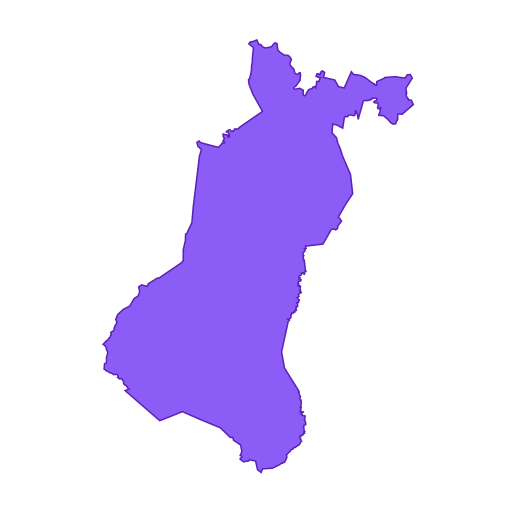 the district of Ajuchitlán del Progreso, Guerrero, Mexico, rotated 4°
{"feature_id": "50627088B24566890251598", "entity_name": "Ajuchitlán del Progreso", "entity_type": "district", "adm_level": 2, "iso_a3": "MEX", "parent_name": "Mexico", "parent_adm1": "Guerrero", "projection": "robinson", "projection_center": [-100.562, 17.931], "detail": "fine", "context": "isolated", "style": "filled", "palette": "violet", "viewbox_px": 512, "rotation_deg": 4, "n_neighbors": 0, "source": "geoboundaries", "source_scale": "gbopen_adm2", "svg_char_len": 6030}
<svg xmlns="http://www.w3.org/2000/svg" viewBox="0 0 512 512"><g transform="rotate(4 256 256)"><path d="M260.2,42.0L258.9,43.1L256.8,46.2L251.6,47.7L250.5,47.7L248.1,46.9L245.9,44.6L244.1,44.9L241.8,40.4L237.6,42.4L235.3,42.8L234.0,44.9L238.9,48.2L238.6,59.3L238.8,62.6L238.3,66.8L238.5,69.2L238.2,74.0L237.3,79.1L236.2,80.7L237.0,85.0L241.4,94.5L252.4,111.3L230.4,128.9L229.4,130.5L225.9,130.7L225.1,132.5L224.4,132.5L223.7,133.4L222.8,133.3L221.4,132.0L220.1,132.0L219.0,133.2L217.7,133.8L217.9,134.5L219.1,134.2L220.4,135.7L221.1,137.2L221.0,138.7L220.5,139.5L219.9,139.5L219.6,138.7L219.7,137.6L219.3,137.2L217.4,137.3L215.2,136.6L214.6,136.7L215.2,139.8L216.4,141.2L216.2,141.8L215.2,142.8L215.1,143.8L216.5,144.4L216.6,145.3L216.0,145.8L214.3,145.5L214.0,146.7L211.8,149.1L211.2,150.3L194.8,147.2L192.6,146.6L191.1,145.2L189.1,146.9L190.4,150.6L194.1,153.6L192.6,160.4L190.0,210.7L189.7,227.2L185.2,238.8L184.2,239.1L184.5,245.5L183.0,254.7L183.7,265.4L182.4,267.7L160.3,285.1L159.2,284.8L150.5,291.2L149.5,293.9L143.8,292.8L141.1,295.1L142.5,300.0L141.2,304.0L137.3,307.0L133.6,314.7L127.4,318.4L122.0,324.2L120.5,329.0L122.0,331.9L121.3,333.0L121.0,334.4L120.3,335.0L120.4,336.0L119.4,337.8L120.0,339.0L118.3,341.2L117.1,341.7L116.5,342.5L116.6,343.5L117.1,344.6L116.4,345.6L116.3,346.9L114.8,348.4L114.3,349.9L112.9,350.7L109.6,354.8L111.4,355.9L112.7,357.4L113.3,359.5L114.9,362.6L113.8,368.0L114.2,370.1L114.1,372.8L113.8,373.4L112.4,374.0L112.3,379.4L113.7,380.1L114.6,381.0L116.3,381.5L118.3,382.7L119.8,382.8L122.2,384.2L124.1,384.1L125.1,383.7L126.0,383.9L126.9,385.9L126.3,386.8L128.6,388.2L130.0,387.7L131.3,388.6L132.6,390.5L132.7,392.0L133.4,393.3L134.3,393.9L135.3,394.0L136.8,396.1L138.6,397.5L134.8,399.4L171.5,427.0L193.5,416.4L210.1,422.4L232.5,429.9L243.0,438.8L245.5,438.6L246.4,441.3L253.9,445.7L255.5,452.2L254.1,456.1L255.7,456.6L255.9,457.8L254.4,458.8L254.4,459.9L257.9,462.2L263.0,461.0L263.8,459.7L269.9,460.6L272.4,469.1L276.3,471.6L277.4,467.9L287.3,466.5L294.5,462.2L295.6,461.1L296.7,461.0L297.2,460.5L298.9,459.8L300.8,455.2L300.6,453.1L300.2,452.2L301.4,451.2L302.1,450.0L304.2,447.9L304.4,447.1L305.0,446.4L306.4,446.0L306.5,445.3L307.7,444.2L308.6,444.3L310.3,442.5L312.1,441.6L314.3,437.5L313.7,437.4L313.6,436.0L313.1,435.8L313.2,434.9L312.1,433.8L312.1,433.3L312.6,432.7L313.5,432.7L313.7,431.6L315.4,431.2L315.6,429.9L316.6,429.6L315.9,428.7L316.0,428.0L316.8,428.2L317.0,427.9L316.1,426.5L315.5,422.3L315.6,421.6L317.3,420.9L317.4,420.5L317.3,419.4L316.8,418.6L317.0,418.0L316.1,417.1L316.1,416.2L315.6,416.0L315.9,415.7L316.2,412.2L313.0,411.6L312.8,410.1L312.1,410.1L313.8,408.8L314.0,408.2L310.9,408.3L311.7,407.3L311.3,405.4L311.6,403.9L311.1,403.9L310.7,404.5L310.5,404.3L311.3,402.4L311.2,400.9L311.6,399.7L310.9,397.4L311.2,396.7L310.0,396.3L309.6,395.5L310.2,393.5L308.5,390.2L308.6,389.3L307.8,388.7L308.3,387.9L292.2,365.7L288.2,349.8L292.7,319.1L293.8,317.7L292.0,316.7L293.9,316.4L295.2,314.8L294.8,312.8L295.4,312.1L295.2,311.3L295.5,310.5L297.0,310.5L297.4,309.2L298.4,309.4L298.8,309.1L298.5,307.8L298.7,307.4L300.0,307.6L300.2,307.3L299.5,306.1L299.9,304.6L299.4,304.1L299.6,303.6L300.0,303.8L301.0,303.4L300.8,300.7L299.8,299.7L301.6,299.3L301.8,298.1L302.3,297.3L302.3,296.7L301.3,296.4L300.7,295.7L300.7,295.1L299.8,294.6L301.7,293.5L301.0,291.4L301.7,290.6L303.6,289.4L303.7,288.8L302.2,288.1L302.7,287.5L302.7,286.7L302.2,286.1L302.4,284.6L301.6,283.6L302.4,283.5L302.4,283.0L301.2,282.4L299.8,282.5L300.7,280.8L299.7,280.0L300.3,278.2L301.5,278.3L302.6,277.2L302.6,276.5L300.6,275.9L301.5,274.8L300.3,274.5L300.3,273.2L302.3,271.8L302.9,270.6L302.5,270.1L302.5,269.6L304.7,269.4L304.6,269.8L305.0,270.0L305.1,270.8L305.6,270.8L305.8,270.4L305.3,269.9L305.3,269.4L305.8,268.5L306.9,268.0L306.7,267.2L306.3,267.1L304.8,258.6L304.3,258.2L304.6,257.0L303.3,255.7L303.4,254.3L303.1,253.5L303.7,252.2L303.2,251.9L302.5,249.8L302.6,249.4L303.8,248.6L304.6,247.1L304.5,246.5L303.8,245.9L303.8,245.5L305.5,245.0L304.6,242.8L322.0,239.4L329.1,224.6L329.7,223.9L331.4,223.8L332.5,223.8L333.4,224.4L335.1,223.4L335.6,221.6L335.4,221.0L335.9,219.7L338.9,215.3L337.1,212.8L335.4,211.5L342.0,197.8L348.1,187.1L344.6,168.1L335.5,150.5L332.4,142.7L329.9,138.1L328.0,132.3L323.3,127.9L323.3,118.9L324.0,119.3L326.7,119.4L333.6,122.4L334.4,112.5L334.9,110.8L336.4,110.4L337.1,110.9L338.3,110.0L338.9,108.9L339.9,108.6L343.6,109.2L344.5,108.9L345.0,108.2L345.1,103.6L347.3,107.8L348.4,112.6L352.3,93.8L353.0,93.3L355.6,93.3L357.8,92.8L358.8,92.0L359.5,92.3L360.7,90.7L361.2,90.9L363.3,90.0L365.1,90.3L365.7,91.4L365.5,92.2L364.9,92.8L363.2,93.3L362.8,94.3L363.8,94.9L366.8,94.9L367.4,96.9L366.9,99.6L367.3,100.3L368.0,100.5L370.0,99.5L370.2,100.0L369.4,100.7L369.3,101.2L369.7,102.1L369.7,103.5L368.6,106.4L368.8,107.2L372.9,107.1L373.8,107.4L378.1,110.6L380.7,113.3L382.8,114.6L383.9,114.9L386.2,114.3L386.6,112.0L387.9,110.0L387.4,104.6L392.0,104.3L402.4,94.0L400.1,89.7L397.5,89.7L396.8,88.3L396.2,88.4L394.8,85.6L394.5,83.4L394.7,83.6L395.0,83.1L393.8,78.3L399.5,67.7L397.3,64.2L394.4,64.6L392.2,68.1L385.6,67.7L383.1,67.3L372.1,68.9L371.2,69.9L364.3,73.6L364.5,76.0L364.2,77.4L362.2,77.0L362.4,76.1L360.1,75.4L352.0,70.1L346.9,68.4L340.6,68.1L338.3,65.5L332.3,82.2L326.5,81.3L322.3,74.9L310.8,73.1L311.7,68.1L309.2,66.7L307.7,68.1L307.4,68.9L307.5,70.2L307.2,70.6L306.4,70.7L305.6,69.9L304.2,69.9L303.4,72.5L305.5,73.4L307.8,73.5L306.8,76.4L306.8,77.4L306.3,77.7L304.8,77.4L304.2,78.4L304.4,80.0L304.1,80.9L303.9,84.1L303.0,83.1L302.2,82.9L301.0,83.6L300.4,84.9L297.1,86.3L294.9,90.0L294.8,91.1L294.2,92.1L293.7,92.6L292.7,92.8L292.4,92.6L291.9,91.4L291.6,89.5L291.7,88.2L291.6,87.6L291.1,87.4L291.2,87.1L287.8,85.6L283.6,86.9L282.7,86.7L281.9,85.9L282.1,85.0L283.8,83.9L287.9,77.4L287.6,75.8L287.9,72.8L287.4,70.2L286.4,70.2L285.1,71.6L284.4,71.9L282.2,71.1L280.7,66.9L276.5,63.1L276.5,60.9L277.6,57.6L276.9,56.1L275.3,54.5L273.9,53.6L270.1,53.6L265.6,51.0L263.5,48.9L263.2,48.2L262.2,42.8L260.9,42.0L260.2,42.0Z" fill="#8b5cf6" stroke="#5b21b6" stroke-width="1.5"/></g></svg>